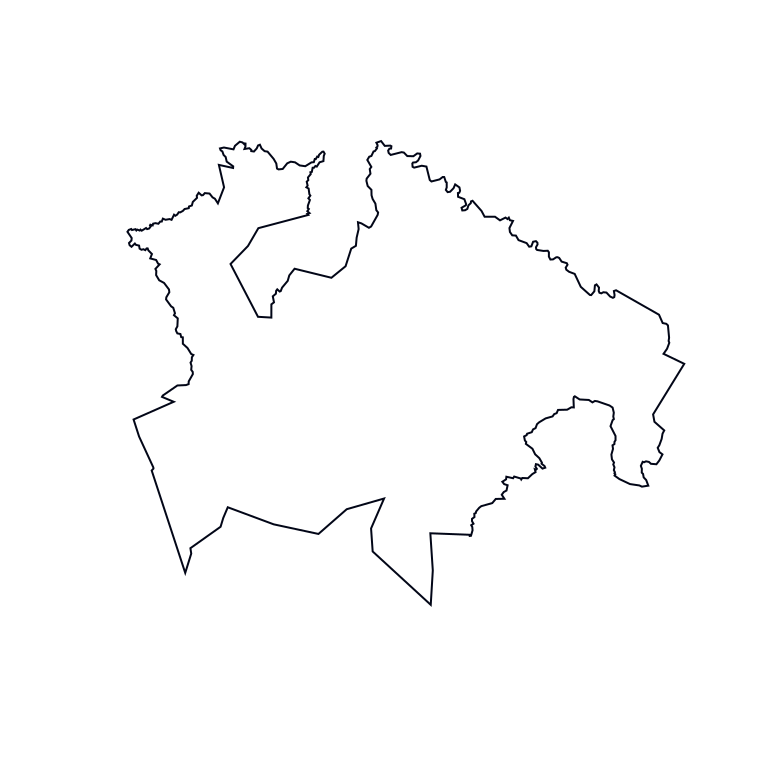 outline of Morelos, Chihuahua, Mexico, rotated 15°
{"feature_id": "50627088B90542436108405", "entity_name": "Morelos", "entity_type": "district", "adm_level": 2, "iso_a3": "MEX", "parent_name": "Mexico", "parent_adm1": "Chihuahua", "projection": "mercator", "projection_center": [-107.783, 26.551], "detail": "fine", "context": "isolated", "style": "outline", "palette": "ink", "viewbox_px": 768, "rotation_deg": 15, "n_neighbors": 0, "source": "geoboundaries", "source_scale": "gbopen_adm2", "svg_char_len": 6162}
<svg xmlns="http://www.w3.org/2000/svg" viewBox="0 0 768 768"><g transform="rotate(15 384 384)"><path d="M648.9,270.3L647.8,268.8L647.4,265.5L643.1,253.9L641.1,252.8L637.4,253.0L631.7,245.9L583.9,233.4L582.0,234.7L583.7,238.4L583.9,240.5L582.8,241.5L579.8,241.0L575.2,238.1L572.1,238.6L570.4,240.2L568.5,240.1L567.3,238.5L566.7,235.2L563.5,232.8L562.2,234.1L563.2,240.0L561.1,244.5L559.8,244.7L548.9,239.2L539.7,228.3L533.7,227.7L530.5,226.4L529.4,224.6L530.4,221.3L529.3,220.0L523.9,219.8L520.6,216.9L518.9,216.6L517.6,217.0L515.0,219.9L512.5,220.7L510.3,218.3L509.2,214.1L507.7,212.9L503.6,214.2L497.2,214.9L496.1,214.3L495.4,212.6L496.2,209.5L495.6,207.8L493.8,206.7L491.2,208.0L490.7,212.9L488.7,213.8L485.3,211.0L476.7,210.2L473.0,206.5L469.4,207.2L466.3,204.6L464.8,200.9L466.4,193.1L463.2,193.2L461.5,191.0L460.6,192.7L458.3,191.8L453.7,195.9L447.9,193.7L437.9,196.4L433.4,191.6L422.1,184.1L420.8,185.1L421.0,186.9L419.3,189.6L419.2,193.3L417.3,195.2L414.7,196.1L413.3,193.7L416.8,190.2L416.7,188.9L413.8,184.7L407.1,184.0L406.0,180.4L407.2,179.8L407.5,177.7L406.0,174.6L401.1,172.8L400.5,176.9L398.1,181.2L395.8,182.2L393.5,180.5L393.7,177.9L392.4,173.1L391.4,172.8L388.6,168.5L387.1,168.9L384.7,172.0L377.4,176.1L375.4,175.1L368.7,163.0L364.0,163.4L357.1,167.2L355.4,166.8L354.3,163.7L354.7,162.6L357.5,161.5L359.1,159.3L360.2,154.3L359.2,152.2L356.4,152.7L353.4,156.4L347.5,157.8L343.3,155.3L341.0,155.5L331.2,161.0L328.7,159.6L327.6,157.5L328.3,155.3L329.9,154.7L329.6,152.4L328.4,152.1L323.1,153.8L318.3,150.1L314.2,152.9L316.0,155.0L316.2,156.5L315.4,157.6L316.2,158.3L314.9,161.4L313.7,162.1L312.8,167.0L310.9,168.3L309.9,171.9L315.6,177.6L314.6,180.1L316.5,184.4L314.1,190.1L314.4,192.3L317.0,197.0L321.6,199.7L323.1,204.9L325.1,208.2L329.0,212.0L331.6,218.1L333.9,219.8L334.1,222.3L330.8,235.2L329.0,237.0L320.6,234.7L317.0,234.5L319.4,240.9L319.7,249.7L321.1,257.8L317.3,261.7L316.4,280.2L305.7,295.0L267.8,295.8L264.4,303.6L264.3,309.3L260.6,317.3L260.2,321.0L259.3,321.7L256.4,320.2L255.7,321.9L256.2,324.8L253.9,328.1L256.6,333.6L254.6,336.2L258.0,349.0L244.9,351.7L204.7,307.8L216.9,285.9L222.3,266.0L267.1,240.3L265.9,239.5L267.8,238.2L265.2,236.9L266.1,234.4L264.8,233.8L264.3,231.3L264.8,225.4L262.9,224.2L264.1,221.1L262.8,220.0L260.6,214.7L258.1,214.1L258.9,212.2L257.0,208.6L258.1,206.7L257.1,204.2L258.9,200.2L258.1,198.5L259.4,197.8L259.1,193.6L260.4,193.2L261.3,191.2L262.8,191.4L264.4,186.5L267.8,184.4L266.8,179.2L267.1,176.9L265.4,175.2L264.3,175.6L262.0,179.3L261.8,181.7L260.6,181.6L259.9,184.4L258.9,184.6L258.8,187.9L256.6,188.7L251.6,194.0L246.0,194.7L240.7,192.9L236.4,193.4L233.4,195.9L230.5,202.5L226.6,204.0L224.9,203.6L222.9,198.9L219.1,195.1L211.4,189.7L208.4,190.0L204.8,188.2L202.2,185.0L200.6,186.2L200.1,189.4L198.2,193.1L195.5,193.4L195.2,192.2L192.9,191.1L188.4,193.1L188.7,190.4L188.0,187.6L187.1,187.7L187.2,188.7L184.8,187.3L182.0,187.3L178.4,192.5L177.9,196.3L168.2,197.0L164.6,198.9L165.7,200.5L167.7,201.2L169.8,204.3L172.3,205.7L174.5,209.9L182.0,212.8L182.3,214.4L167.8,215.1L178.6,235.4L176.8,252.5L172.7,248.8L170.1,248.1L166.2,245.2L161.5,246.0L160.3,248.4L159.0,249.0L155.5,247.2L154.4,250.6L155.2,252.6L152.2,257.6L152.2,261.3L149.7,263.0L149.9,264.7L146.1,266.6L144.9,268.9L142.7,271.0L141.3,271.2L140.4,273.9L138.9,275.5L137.4,274.8L136.3,280.4L134.2,280.2L130.5,281.9L127.6,281.5L127.3,284.6L125.8,285.0L124.6,287.6L121.6,287.8L119.5,288.9L119.5,290.7L117.1,290.6L116.9,291.4L117.9,292.1L116.9,294.6L115.1,295.7L113.8,294.9L110.3,298.6L108.8,297.9L108.3,299.0L105.6,298.7L105.0,299.8L103.8,298.8L100.7,300.5L99.7,299.7L97.6,301.2L96.8,303.4L102.5,308.3L102.9,310.8L101.2,313.8L102.4,315.8L104.6,316.8L107.0,312.8L108.4,313.8L111.6,313.7L112.9,316.5L115.0,317.1L116.7,316.1L118.8,316.5L119.6,314.5L120.6,314.2L121.8,315.9L126.2,318.5L125.7,323.2L131.8,323.2L134.6,326.2L136.3,326.5L133.4,332.0L134.8,333.7L135.7,337.8L140.0,342.0L145.4,343.3L151.8,348.3L152.9,350.9L151.3,356.6L151.6,358.7L158.3,364.1L160.7,364.9L163.8,369.8L163.3,371.9L167.8,374.0L169.5,381.8L168.7,385.0L169.6,386.7L171.3,388.6L174.4,388.4L176.0,391.2L177.6,391.0L179.3,397.2L184.9,400.1L190.0,404.9L192.4,405.3L191.5,407.9L192.3,411.3L191.6,413.4L193.5,416.5L194.1,420.2L196.1,421.8L196.8,423.9L194.7,432.0L195.3,434.7L193.0,436.3L184.8,438.9L173.3,452.4L172.9,453.9L185.5,455.6L151.3,483.1L161.0,498.1L182.8,524.3L183.2,525.4L182.0,527.7L240.9,617.9L241.7,597.7L239.5,592.7L263.1,564.2L263.4,555.0L265.0,543.5L313.8,548.1L359.5,545.8L380.4,514.6L413.7,494.6L408.9,526.9L416.4,548.7L486.3,585.2L479.4,551.5L467.4,516.2L505.6,507.5L506.1,508.6L507.3,508.1L507.4,502.4L506.3,499.3L504.8,497.8L506.6,495.8L504.5,493.7L503.9,491.5L505.8,489.1L504.8,485.9L506.0,485.0L506.0,483.2L508.0,478.9L509.6,476.8L519.4,471.0L521.7,466.1L530.0,463.7L526.4,460.5L527.6,457.4L529.9,455.2L529.6,449.8L526.0,449.6L523.6,447.8L526.6,444.5L526.2,441.9L533.1,441.6L533.7,439.7L540.6,439.9L541.3,440.7L541.9,439.0L547.4,437.8L550.6,432.6L553.2,429.9L551.8,427.4L552.9,427.6L553.6,426.4L551.6,424.5L551.5,422.1L553.8,422.0L559.0,424.7L561.4,423.1L560.3,421.7L556.8,420.2L556.9,419.1L553.2,415.4L548.2,412.8L544.1,408.1L536.5,405.1L536.4,403.2L534.7,402.1L532.9,398.4L535.0,396.5L535.1,395.0L539.2,392.3L539.7,389.3L541.8,387.4L542.2,383.2L543.8,380.8L549.0,375.4L555.2,371.7L556.2,369.0L558.3,367.5L558.8,364.0L567.6,361.4L571.0,358.0L573.4,357.5L570.9,349.5L570.8,347.3L571.5,346.5L577.0,348.3L586.0,346.4L590.1,347.8L592.1,345.8L594.7,345.5L607.4,346.4L610.9,347.6L613.4,352.2L613.9,356.1L615.1,358.4L614.2,359.7L613.7,366.1L621.1,374.3L622.2,378.4L621.6,380.2L622.1,382.4L620.6,384.1L622.0,387.4L621.9,393.3L623.7,397.8L626.5,400.3L626.3,402.4L628.2,404.8L628.3,407.7L629.9,409.5L629.7,410.6L630.8,411.3L630.4,412.8L636.0,414.9L647.5,417.0L656.9,415.9L659.7,416.4L665.6,413.8L662.1,408.9L659.0,407.0L657.5,403.8L655.9,402.9L655.0,399.1L653.3,396.6L654.0,392.2L655.4,392.3L657.1,390.9L660.1,390.7L662.5,392.0L667.9,391.0L669.7,386.7L671.2,379.9L667.7,378.5L664.9,374.8L665.8,371.9L666.4,365.2L665.9,359.9L666.7,356.3L655.0,350.5L651.8,343.7L668.8,286.8L646.2,282.5L648.3,276.7L648.9,270.3Z" fill="none" stroke="#020617" stroke-width="2"/></g></svg>